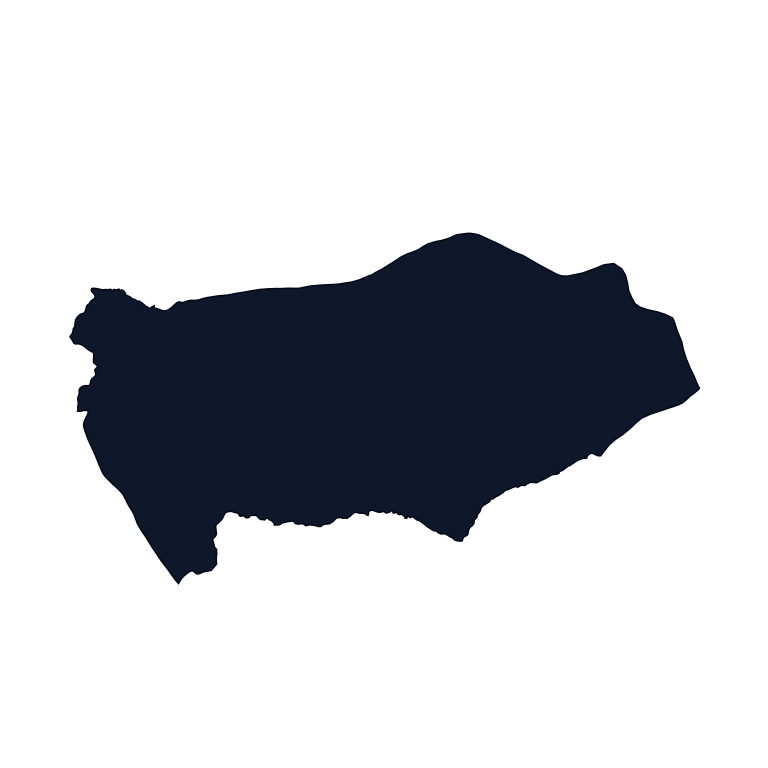 Kampong Trabaek, Prey Vêng, Cambodia, rotated 74°
{"feature_id": "14789045B10100754303768", "entity_name": "Kampong Trabaek", "entity_type": "district", "adm_level": 2, "iso_a3": "KHM", "parent_name": "Cambodia", "parent_adm1": "Prey Vêng", "projection": "natural_earth1", "projection_center": [105.549, 11.105], "detail": "fine", "context": "isolated", "style": "filled", "palette": "ink", "viewbox_px": 768, "rotation_deg": 74, "n_neighbors": 0, "source": "geoboundaries", "source_scale": "gbopen_adm2", "svg_char_len": 6150}
<svg xmlns="http://www.w3.org/2000/svg" viewBox="0 0 768 768"><g transform="rotate(74 384 384)"><path d="M266.8,251.8L265.3,254.6L262.8,259.8L262.1,263.1L261.5,266.8L260.7,272.4L261.0,276.1L261.6,279.5L261.9,283.5L261.9,290.2L261.4,293.7L261.4,303.0L262.6,308.2L264.3,313.5L265.0,318.6L265.4,325.4L266.5,332.2L269.2,340.7L273.0,354.0L274.5,361.2L276.0,366.7L275.7,368.2L276.1,370.7L277.1,379.2L277.2,386.0L276.3,393.1L275.5,400.1L273.9,407.4L272.2,414.5L270.6,422.1L269.5,427.9L268.6,439.3L267.3,444.1L265.7,449.1L263.9,456.7L262.3,462.2L260.6,469.1L259.2,475.8L258.1,483.8L257.2,492.5L256.2,500.7L255.4,509.9L253.7,518.4L252.2,530.0L252.0,534.3L252.1,539.0L251.6,542.5L250.5,546.0L250.0,549.4L250.3,552.9L250.1,555.7L248.5,558.4L248.9,561.2L251.5,566.2L253.3,571.1L253.6,573.7L252.6,576.5L250.1,579.9L248.4,582.5L248.4,584.1L246.6,583.5L245.4,583.4L246.8,588.7L244.7,590.2L243.5,591.8L241.8,592.6L239.8,594.0L236.9,596.4L236.2,598.6L234.3,599.9L232.8,602.4L230.0,604.3L228.6,606.1L227.8,607.0L227.3,608.2L225.6,607.6L222.6,608.6L221.1,610.3L221.7,612.1L220.0,612.4L219.6,613.9L219.9,615.4L218.7,617.4L219.3,619.4L217.7,620.6L217.1,623.9L216.3,626.2L216.2,627.9L215.4,629.7L213.5,633.0L212.2,635.9L211.6,638.6L212.9,639.5L214.7,639.4L216.4,638.4L218.5,637.6L219.8,637.5L221.3,638.0L222.1,638.8L223.3,642.6L224.0,643.6L225.4,644.8L226.1,646.8L227.1,648.3L230.6,650.3L232.3,651.7L233.3,653.5L233.2,655.8L233.6,657.3L234.2,658.7L234.9,659.9L236.1,661.5L238.0,663.2L243.8,665.6L244.9,667.0L245.9,667.8L247.6,668.4L250.1,670.3L251.8,672.8L253.2,672.6L254.6,671.9L256.7,671.4L259.5,670.8L260.6,669.2L261.0,666.9L262.2,664.8L264.2,662.6L266.6,660.8L269.6,658.8L273.3,655.1L274.9,654.6L277.6,655.4L280.1,656.4L282.4,657.2L284.1,656.9L286.3,655.3L288.1,654.2L289.3,656.0L290.8,658.2L293.4,658.3L296.1,658.6L297.3,660.5L298.6,663.5L300.1,665.1L302.7,666.2L304.2,667.5L304.0,669.2L303.1,672.3L303.3,675.2L304.4,677.5L305.7,678.7L307.8,679.2L309.8,679.9L312.0,681.6L314.4,682.6L317.5,683.0L319.6,683.6L321.3,684.6L323.0,684.9L324.7,685.5L325.5,686.1L326.2,684.6L326.6,682.2L326.6,680.9L327.0,677.7L328.5,676.0L330.4,676.4L332.2,677.8L334.7,680.2L338.4,683.1L339.8,683.9L342.6,684.4L347.8,684.3L352.9,684.0L358.1,683.4L368.0,681.8L373.3,681.1L383.4,680.1L392.2,678.9L393.8,678.4L397.1,677.0L405.7,672.2L409.3,669.9L413.7,667.4L417.8,665.4L422.4,664.4L427.1,663.6L431.6,662.6L436.5,661.1L440.8,660.2L449.9,659.6L453.4,658.8L458.1,657.5L467.1,654.6L477.5,651.7L481.7,650.3L492.1,647.0L497.6,644.9L503.1,642.7L515.1,638.5L519.2,636.5L517.5,634.8L514.9,631.9L513.3,629.1L511.2,624.2L510.4,619.8L512.5,618.1L515.1,616.2L515.4,613.6L514.8,608.8L515.2,605.6L515.5,601.4L510.9,594.5L507.5,593.9L503.4,592.6L501.2,591.5L499.3,591.4L497.0,590.5L494.2,591.9L491.6,591.7L487.1,591.7L485.7,591.2L483.8,587.9L482.1,586.4L474.5,585.1L473.0,584.0L471.9,581.8L471.5,580.6L470.5,579.1L469.7,577.6L467.9,575.6L466.3,574.2L465.2,573.4L464.2,572.2L463.7,570.0L463.9,567.1L464.8,565.2L466.9,562.0L467.8,559.9L469.7,559.5L471.2,559.0L471.8,557.6L471.6,555.5L473.8,554.1L475.0,552.6L475.0,551.1L474.4,549.5L473.7,548.7L473.8,547.3L475.0,543.2L477.3,541.6L478.3,541.4L480.2,540.0L481.1,537.4L481.8,536.1L481.0,534.9L480.2,533.0L481.5,532.5L482.9,531.6L484.0,530.1L485.9,528.8L487.8,528.1L489.5,528.2L489.7,526.6L490.2,525.1L490.5,523.0L489.5,520.3L489.7,515.4L490.5,509.6L491.8,508.4L493.6,507.7L494.9,505.5L495.4,502.4L495.9,500.6L497.2,499.4L498.6,498.3L498.8,495.1L499.0,493.3L499.7,492.5L500.5,490.4L501.4,488.7L502.3,487.3L503.4,485.2L503.5,483.6L502.5,481.9L502.5,480.9L502.5,478.7L503.0,476.8L503.3,474.7L502.7,473.4L502.5,471.9L501.9,470.4L500.8,468.6L499.6,466.4L500.1,464.1L500.4,462.6L500.9,461.6L501.6,460.9L502.3,457.7L503.0,456.7L501.4,452.4L500.3,450.2L499.4,448.1L499.7,446.4L500.0,445.1L501.0,444.1L501.7,442.2L502.2,440.6L502.9,438.7L503.5,437.7L504.9,437.0L505.9,435.5L502.3,433.7L501.9,431.9L501.9,430.6L502.4,429.3L503.7,427.8L505.6,424.9L506.3,422.6L506.2,421.4L506.5,419.8L506.8,418.6L508.2,418.2L508.7,416.7L508.6,413.5L507.9,412.5L507.7,411.3L509.1,411.0L510.7,410.5L510.8,408.7L510.7,407.1L513.3,406.2L514.0,404.1L514.1,402.7L516.1,401.6L516.8,400.5L518.8,400.8L519.4,399.2L517.4,397.9L518.5,396.6L519.7,395.7L519.4,393.1L520.6,392.0L522.3,390.9L523.6,389.9L526.1,386.7L527.3,385.9L530.6,383.2L532.7,382.0L538.5,376.9L539.2,375.5L539.5,374.4L541.8,372.9L542.5,372.2L543.7,370.9L544.7,366.9L545.6,365.6L547.2,364.2L548.7,363.0L550.1,361.3L551.1,360.3L552.2,359.6L553.4,359.2L554.7,357.2L555.9,354.5L556.4,352.3L555.7,351.6L554.5,351.1L553.0,349.3L552.5,346.7L551.9,345.0L550.3,344.3L548.5,343.4L546.7,342.2L545.6,340.9L545.1,339.9L544.8,338.8L543.7,337.1L542.9,336.0L539.7,334.8L537.6,331.4L536.4,330.9L535.6,330.2L534.7,329.5L533.1,327.0L529.7,324.6L527.8,321.4L527.7,320.2L527.0,318.2L526.1,314.7L524.8,314.0L523.9,312.8L524.5,310.9L523.1,307.5L522.9,305.3L521.7,301.2L520.9,299.2L520.0,297.4L519.7,296.1L519.6,294.4L519.4,292.2L518.9,288.9L518.7,287.2L519.0,285.5L520.1,283.7L519.9,282.7L519.2,280.7L519.5,278.9L520.1,277.6L520.4,276.2L519.5,274.7L519.3,272.2L518.5,271.0L519.4,269.1L519.7,267.6L520.4,266.1L520.9,264.7L520.8,263.1L520.2,261.0L519.3,254.6L518.8,253.1L517.5,247.1L518.4,243.0L517.9,240.3L516.9,239.8L516.3,238.3L516.2,236.0L515.5,234.4L513.8,230.0L513.4,227.0L512.5,224.6L510.8,219.2L510.5,217.0L510.5,215.5L510.3,213.0L510.9,211.2L511.1,209.6L509.6,208.7L508.7,207.8L507.7,205.1L507.8,203.0L509.0,201.5L510.3,200.2L511.1,199.2L512.1,197.8L512.7,195.4L511.1,193.5L504.4,184.1L501.0,176.7L498.1,167.8L494.1,158.8L490.2,151.4L487.8,145.7L486.4,136.2L485.8,120.3L485.1,106.1L484.3,101.9L482.1,97.0L479.9,93.0L479.1,90.4L476.1,83.4L474.9,81.9L473.1,82.4L468.8,83.1L461.9,83.8L453.0,85.4L442.7,86.5L433.8,86.8L425.4,86.2L412.6,87.6L406.0,87.7L401.5,88.1L400.0,88.5L398.5,90.1L396.3,92.8L394.7,94.4L391.3,99.5L390.4,100.7L385.2,110.3L380.6,116.9L375.9,120.6L370.0,122.0L361.6,123.1L353.6,122.1L346.0,121.9L338.9,123.7L331.5,130.0L330.1,139.6L331.0,147.5L332.1,162.5L330.9,177.7L329.2,183.2L327.6,185.9L325.5,188.4L312.6,201.7L299.0,214.8L293.0,222.5L285.9,230.1L283.0,232.9L266.8,251.8Z" fill="#0f172a" stroke="#020617" stroke-width="1.5"/></g></svg>